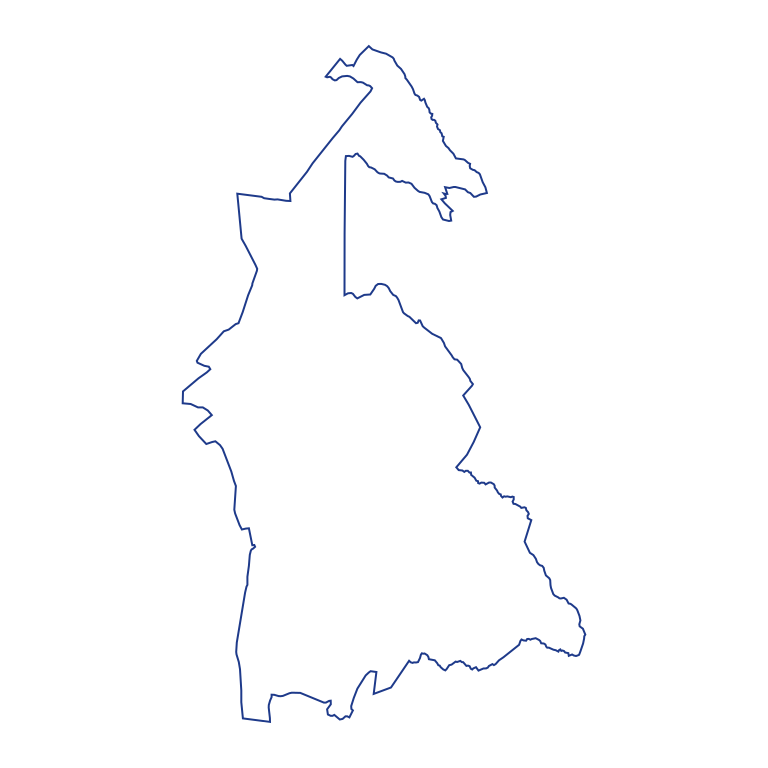 the district of Lari, Central, Kenya
{"feature_id": "3690345B40431411925250", "entity_name": "Lari", "entity_type": "district", "adm_level": 2, "iso_a3": "KEN", "parent_name": "Kenya", "parent_adm1": "Central", "projection": "equal_earth", "projection_center": [36.685, -0.915], "detail": "fine", "context": "isolated", "style": "outline", "palette": "blue", "viewbox_px": 768, "rotation_deg": 0, "n_neighbors": 0, "source": "geoboundaries", "source_scale": "gbopen_adm2", "svg_char_len": 6078}
<svg xmlns="http://www.w3.org/2000/svg" viewBox="0 0 768 768"><path d="M448.5,148.1L445.9,145.9L442.9,140.9L443.7,136.8L442.3,136.3L441.6,133.3L440.3,132.1L439.9,130.2L438.0,129.0L437.0,126.5L437.5,124.5L435.9,122.8L435.3,120.7L434.1,119.9L432.6,119.9L431.6,119.1L431.2,117.3L432.1,115.8L432.3,113.9L430.7,113.5L429.6,112.3L429.3,109.7L428.7,108.2L427.2,106.8L425.4,102.5L424.8,100.1L424.0,98.8L421.3,100.6L420.1,99.9L419.1,96.9L417.4,95.6L415.4,94.9L414.5,93.6L413.0,89.2L411.6,86.5L406.8,79.6L405.4,78.1L405.3,76.5L404.5,74.1L401.0,68.9L397.3,65.6L394.4,60.6L393.8,58.8L392.6,57.4L386.1,53.7L380.9,52.4L372.4,49.4L368.8,46.1L359.8,54.9L356.8,59.6L353.5,66.0L352.3,65.0L346.7,65.8L345.4,64.6L342.2,60.7L340.1,58.9L325.7,76.7L327.1,77.3L329.9,76.8L331.1,77.5L332.5,79.2L334.8,80.4L336.5,80.1L338.8,78.0L342.1,76.4L347.2,75.9L349.9,76.4L353.4,78.5L357.5,82.2L360.8,82.1L362.9,82.6L367.2,85.3L368.7,85.4L370.2,86.1L372.1,88.2L370.5,91.4L360.5,102.7L352.2,113.9L341.9,126.4L339.3,130.3L332.6,138.2L312.6,163.3L307.0,171.8L289.9,193.4L290.4,201.0L286.1,200.8L277.6,199.4L274.4,199.6L268.9,198.9L264.1,198.2L261.6,196.8L237.3,193.7L241.6,238.7L245.7,245.9L255.4,264.8L257.2,268.8L256.9,270.8L252.4,283.4L252.2,285.3L248.1,295.3L242.7,312.1L238.5,323.2L235.7,324.1L228.7,329.6L223.8,331.3L216.7,339.2L200.9,353.8L196.8,360.9L197.5,362.7L204.3,365.8L208.8,366.7L210.3,369.2L206.8,372.4L198.5,378.3L183.0,391.4L182.7,403.3L190.7,404.0L198.0,407.4L202.8,407.4L207.8,410.5L211.8,415.1L200.6,424.0L194.5,429.8L198.9,436.1L206.3,444.0L212.2,442.0L215.4,441.3L220.0,445.1L222.6,448.8L231.3,471.5L234.0,481.0L235.9,486.0L234.3,509.7L235.1,513.4L239.6,525.2L241.9,529.5L245.7,528.6L248.9,528.3L252.3,545.2L254.3,545.0L255.1,546.8L253.1,548.6L251.6,549.4L250.8,550.8L249.8,554.8L248.9,565.8L247.4,576.8L247.4,584.9L246.5,586.6L245.1,592.6L236.8,642.5L236.2,651.9L236.5,654.4L238.8,662.0L240.0,669.2L241.3,690.5L241.3,702.2L242.9,718.4L270.0,721.9L269.9,718.1L268.7,707.6L268.8,705.0L270.1,700.5L271.6,697.1L271.6,694.7L274.2,694.8L278.7,696.1L280.6,696.2L282.9,695.9L289.5,693.2L291.9,692.7L300.3,692.9L323.9,702.6L325.9,702.6L329.1,700.9L330.7,700.7L330.8,704.3L327.1,709.3L327.9,714.5L330.7,715.8L332.6,715.8L334.3,714.9L339.8,719.5L342.6,718.9L345.5,716.3L347.2,716.3L349.4,717.4L352.9,710.4L351.4,709.0L351.2,706.1L353.8,697.9L357.4,688.6L365.7,675.4L368.8,672.5L370.6,671.2L376.4,672.0L373.7,693.9L391.0,687.5L409.1,660.8L410.7,662.3L412.6,662.9L413.9,662.4L416.0,662.5L418.0,662.1L420.0,658.0L420.9,654.7L421.9,653.3L423.1,653.7L424.6,653.5L427.3,655.2L428.4,657.0L428.9,659.2L434.8,660.3L437.3,663.3L438.3,665.2L439.7,665.6L440.7,667.2L443.2,669.4L445.3,670.4L446.6,669.1L449.2,665.2L451.6,664.6L455.6,661.6L457.1,662.0L460.3,660.9L461.8,662.1L463.2,662.2L466.4,665.9L468.0,665.6L469.6,666.2L470.8,668.7L472.2,669.5L473.3,668.4L476.0,667.2L478.5,670.6L483.4,668.5L486.1,668.4L487.8,667.6L488.9,666.0L492.4,664.1L493.9,665.1L495.6,664.1L499.0,660.3L503.4,657.3L519.1,644.8L520.4,641.0L521.5,639.5L523.5,640.4L526.1,640.7L527.2,639.0L528.8,638.9L530.4,639.7L531.8,639.0L535.7,638.2L539.1,640.0L540.2,641.0L541.2,643.3L543.8,643.5L545.4,644.5L546.2,646.6L547.2,647.7L549.0,647.7L553.4,649.7L555.7,650.2L558.4,651.6L559.1,650.1L560.3,649.4L561.3,650.9L562.5,650.5L564.1,651.1L565.1,652.5L568.3,653.1L568.8,655.8L572.1,654.5L573.8,655.5L576.0,656.0L577.8,655.4L579.1,654.8L580.3,651.7L583.1,643.5L584.1,638.6L584.3,636.2L585.3,634.6L582.9,628.7L579.7,626.4L579.3,624.3L580.4,620.4L579.5,616.0L577.3,610.2L576.3,608.5L571.5,604.5L570.4,603.8L568.6,603.5L566.6,599.7L563.9,597.8L560.8,598.5L559.4,598.3L558.1,597.3L554.7,595.6L553.3,594.1L551.0,587.9L550.5,585.1L550.2,580.1L549.3,578.3L545.9,575.4L544.3,570.8L543.7,567.8L542.2,565.9L540.1,565.3L538.4,564.0L537.0,562.1L535.9,558.9L533.4,555.1L529.9,552.8L524.6,541.6L531.3,520.1L527.8,518.3L527.5,515.9L528.8,513.9L528.0,512.0L526.4,510.3L525.8,507.9L524.4,507.3L521.3,507.9L520.2,506.6L515.4,504.0L513.5,503.8L512.6,501.6L513.7,499.5L513.7,497.0L512.3,496.6L510.9,497.2L507.3,496.4L505.5,496.7L504.1,496.3L502.5,497.5L501.1,496.0L500.7,494.4L499.3,494.0L497.9,492.4L497.0,490.5L494.7,487.6L494.6,485.6L493.8,484.2L492.4,483.4L490.9,482.5L489.1,482.5L485.6,484.4L484.2,482.8L481.3,482.6L479.6,483.6L478.2,483.1L478.0,481.2L476.3,480.7L474.6,477.7L471.2,474.9L470.9,472.5L469.5,472.6L467.8,470.8L465.8,470.8L464.3,471.9L462.4,470.5L458.7,470.1L456.3,467.3L467.0,454.7L473.7,442.0L480.2,427.3L468.8,404.9L463.2,395.5L472.0,385.7L472.9,384.1L470.4,381.0L469.8,378.8L468.6,377.0L463.3,370.2L462.2,367.9L461.2,364.0L457.2,359.7L454.5,359.3L452.7,357.2L451.7,355.4L445.1,346.4L443.9,342.9L441.0,338.1L432.2,333.8L424.2,327.6L422.7,326.2L420.1,320.5L418.7,320.4L417.7,322.8L416.0,323.2L409.4,316.8L407.7,316.0L404.0,313.3L403.0,312.1L398.5,300.0L397.1,297.6L395.9,296.1L393.2,294.9L390.2,291.1L388.8,288.2L387.2,286.2L385.0,284.8L381.2,283.9L378.1,284.0L375.7,285.8L374.2,288.8L370.3,294.5L364.2,294.9L357.3,298.4L355.3,296.9L352.9,293.8L351.2,293.0L348.0,293.3L344.5,295.2L344.6,233.3L345.3,160.9L345.9,156.1L349.0,155.9L352.6,156.8L354.0,155.8L355.6,154.0L357.5,153.6L359.0,155.8L360.2,156.3L363.6,159.7L366.9,163.8L368.1,166.0L369.3,167.2L371.1,167.5L374.7,169.3L377.3,172.1L378.6,173.0L379.8,173.5L384.2,173.8L387.1,175.6L388.7,177.4L393.0,178.5L394.4,180.5L395.9,181.5L397.7,181.9L400.4,181.8L402.1,180.9L405.7,182.6L408.6,182.5L411.5,183.8L414.5,187.8L418.0,190.9L419.6,191.9L424.6,192.8L428.3,194.3L429.6,196.1L431.9,202.0L433.1,203.4L434.9,203.8L436.6,205.2L437.4,208.0L439.3,211.4L441.4,217.2L443.0,219.5L449.0,221.0L451.2,220.6L450.2,215.0L450.5,212.1L452.7,210.9L444.8,203.3L441.4,199.3L445.9,197.9L445.6,195.9L443.8,193.5L445.7,194.0L447.3,193.9L445.1,187.2L449.4,188.0L453.7,187.0L455.4,187.0L465.1,189.4L467.9,192.2L470.3,193.0L473.9,196.8L476.1,196.6L480.3,194.5L486.9,193.0L485.4,187.3L482.7,182.2L479.9,174.3L478.6,172.9L476.7,172.1L474.6,170.2L472.8,169.8L470.2,168.3L469.7,166.0L470.1,163.8L468.1,162.9L464.7,159.9L463.5,159.4L455.9,158.4L453.4,153.7L450.0,150.3L448.5,148.1Z" fill="none" stroke="#1e3a8a" stroke-width="2"/></svg>